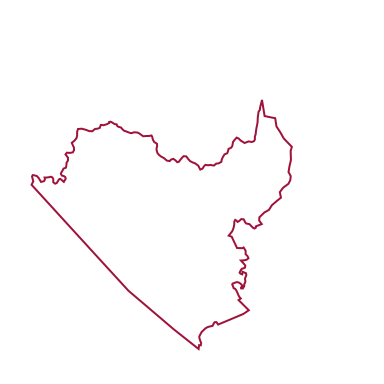 Kulim, Kedah, Malaysia, rotated 316°
{"feature_id": "92858781B36918447122584", "entity_name": "Kulim", "entity_type": "district", "adm_level": 2, "iso_a3": "MYS", "parent_name": "Malaysia", "parent_adm1": "Kedah", "projection": "robinson", "projection_center": [100.682, 5.403], "detail": "fine", "context": "isolated", "style": "outline", "palette": "rose", "viewbox_px": 384, "rotation_deg": 316, "n_neighbors": 0, "source": "geoboundaries", "source_scale": "gbopen_adm2", "svg_char_len": 3481}
<svg xmlns="http://www.w3.org/2000/svg" viewBox="0 0 384 384"><g transform="rotate(316 192 192)"><path d="M306.3,174.4L300.2,178.2L297.8,180.1L295.6,180.5L293.4,182.3L291.5,183.7L289.6,185.5L287.7,187.3L285.7,188.8L283.0,190.6L280.0,192.9L277.9,194.7L275.7,195.8L273.7,197.9L271.9,198.5L269.8,197.6L267.8,194.9L263.9,193.3L262.8,189.1L262.7,185.9L261.9,183.9L258.9,184.1L256.2,184.5L254.9,185.5L252.8,187.0L250.9,187.3L248.2,186.4L245.8,187.9L244.2,188.6L241.5,187.5L238.2,188.4L236.0,189.3L234.0,190.7L230.9,189.8L229.1,188.4L226.1,188.2L224.0,185.3L222.1,183.9L220.5,181.8L218.5,181.8L215.7,182.5L213.5,181.6L214.8,177.4L214.2,173.7L213.0,171.2L212.1,168.5L212.2,165.8L212.6,162.4L210.8,160.4L208.9,160.4L206.4,160.7L203.5,161.1L202.1,160.4L202.1,157.9L201.6,155.2L199.5,154.1L197.5,154.3L195.7,151.9L195.4,148.2L194.4,145.1L194.0,142.3L194.3,139.7L195.7,137.2L197.0,135.8L198.7,134.9L200.3,132.9L200.0,131.5L199.5,129.9L200.2,127.2L201.7,124.7L202.1,123.2L200.3,122.1L198.3,120.2L195.6,118.0L195.1,115.3L194.7,113.0L194.1,111.4L192.8,109.9L191.7,108.7L190.3,108.1L189.4,107.7L188.6,106.7L187.1,103.6L186.7,102.5L185.9,101.4L185.6,99.9L185.6,98.2L185.7,96.2L184.9,94.8L184.3,93.9L184.1,92.3L184.8,91.0L183.6,89.5L183.4,88.8L182.9,87.0L182.6,85.5L182.0,84.6L180.9,84.1L180.4,84.8L178.1,84.2L175.9,83.1L174.8,82.6L173.9,81.3L173.0,80.4L170.1,81.8L167.8,80.7L166.1,79.3L162.4,79.0L160.4,76.8L158.6,73.1L156.6,69.8L153.7,67.5L151.2,68.9L148.7,71.5L146.2,73.1L143.0,73.4L139.7,73.1L138.7,75.7L138.0,77.9L136.3,79.9L133.8,80.7L132.4,79.8L131.3,79.0L129.3,76.8L127.1,77.1L126.6,81.3L124.6,83.2L122.1,83.8L119.9,85.8L118.1,86.9L115.8,85.9L113.3,86.8L111.9,87.1L110.3,87.8L109.8,89.8L110.9,91.6L111.2,93.2L110.4,94.7L108.5,95.2L106.8,95.7L106.6,92.7L106.3,90.9L105.2,90.5L100.9,91.6L99.3,90.9L99.0,88.6L101.1,86.4L101.7,84.6L101.1,83.0L99.5,82.1L97.7,80.8L96.0,79.2L94.9,80.8L93.1,81.4L90.4,79.9L91.4,75.5L91.5,72.9L90.4,70.8L89.1,69.2L87.7,69.7L86.3,72.2L85.3,74.0L81.6,75.4L78.9,172.8L77.7,218.9L83.5,278.2L87.7,309.5L90.7,307.1L91.8,308.4L93.6,307.1L94.8,304.3L95.9,302.1L96.9,301.0L98.8,300.3L101.7,299.4L104.1,299.4L106.8,299.4L109.0,299.9L110.9,300.8L113.8,302.6L116.5,301.6L117.9,301.4L119.2,302.6L118.9,304.4L118.7,305.5L144.3,315.4L150.7,316.5L150.4,302.1L153.1,302.5L153.2,300.1L153.9,298.0L155.0,295.1L155.6,293.1L155.8,291.5L155.1,290.2L155.9,288.6L156.6,286.6L157.5,286.1L160.2,287.2L161.8,288.1L162.8,289.7L163.2,291.5L163.2,292.8L163.2,294.0L162.1,295.1L161.0,294.7L160.4,295.4L161.5,296.7L164.2,296.0L165.5,294.6L167.5,294.0L168.7,292.9L169.9,291.1L173.1,289.7L174.4,288.1L173.0,284.5L171.7,285.6L170.9,286.1L170.1,284.3L170.2,283.1L172.5,282.2L174.4,281.8L176.1,282.7L177.7,283.2L179.3,281.8L179.5,278.9L179.6,275.3L182.5,277.7L184.4,278.7L186.6,278.9L187.4,276.8L187.4,273.9L189.7,271.6L190.6,267.8L189.2,267.4L187.1,265.3L185.5,263.5L189.5,251.8L188.1,248.9L193.6,248.2L196.2,247.1L197.9,246.1L200.0,244.6L201.7,242.8L203.7,242.1L204.1,243.5L204.0,245.2L206.2,245.7L208.6,245.7L210.2,247.5L209.7,249.3L209.2,250.5L209.1,252.3L210.3,254.0L211.0,255.0L211.0,259.9L211.6,261.7L213.2,262.0L214.0,261.1L214.6,261.3L219.9,263.5L220.5,259.2L222.9,257.0L229.9,257.0L234.9,258.3L240.3,257.0L247.3,257.4L252.0,257.9L255.1,253.1L260.5,252.2L267.1,253.1L271.0,251.7L274.1,249.1L275.3,244.7L280.0,241.2L285.4,237.7L291.6,230.9L295.2,228.9L295.2,217.2L297.0,210.4L298.3,203.5L303.1,196.7L300.7,193.3L297.0,187.8L306.3,174.4Z" fill="none" stroke="#9f1239" stroke-width="2"/></g></svg>